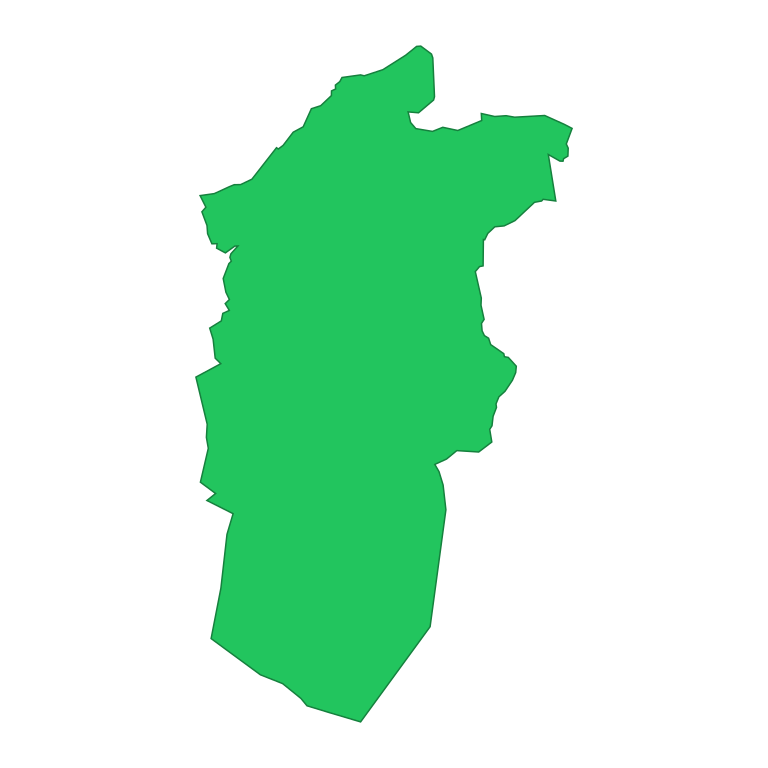 Firhouse-Bohernabreena Lea-5, South Dublin, Ireland
{"feature_id": "5873133B21460579019232", "entity_name": "Firhouse-Bohernabreena Lea-5", "entity_type": "district", "adm_level": 2, "iso_a3": "IRL", "parent_name": "Ireland", "parent_adm1": "South Dublin", "projection": "mercator", "projection_center": [-6.327, 53.236], "detail": "fine", "context": "isolated", "style": "filled", "palette": "green", "viewbox_px": 768, "rotation_deg": 0, "n_neighbors": 0, "source": "geoboundaries", "source_scale": "gbopen_adm2", "svg_char_len": 1761}
<svg xmlns="http://www.w3.org/2000/svg" viewBox="0 0 768 768"><path d="M229.1,186.8L214.3,193.6L200.1,195.6L205.9,207.2L201.9,211.8L207.0,225.5L207.6,233.7L211.9,243.8L217.1,243.7L216.6,248.2L225.4,252.9L234.8,246.1L237.9,246.0L230.9,253.8L229.9,257.4L231.3,261.2L228.9,263.6L223.2,278.5L225.9,292.2L229.4,299.5L225.2,303.6L229.3,310.4L222.8,313.4L221.3,320.9L209.7,328.1L213.1,339.1L215.2,358.2L220.8,363.7L195.9,377.1L207.2,424.2L206.4,437.4L208.3,448.3L200.4,482.2L215.6,493.5L206.9,500.5L233.1,513.7L227.0,534.3L220.9,588.2L211.1,638.6L260.4,674.8L282.6,683.6L300.9,698.4L307.0,705.8L330.3,712.9L360.6,721.9L430.1,626.7L445.9,509.8L443.1,485.0L439.0,471.6L434.8,464.4L446.6,459.0L456.8,450.6L478.7,452.0L491.8,442.0L489.7,429.3L492.0,425.8L493.1,416.3L496.5,407.4L496.0,403.9L498.9,396.8L505.0,391.3L512.4,380.3L515.7,372.6L516.3,366.2L508.3,357.4L504.4,356.7L503.8,353.7L490.7,344.6L488.6,338.2L484.4,335.6L482.1,330.8L481.5,323.4L484.1,319.4L481.0,305.2L481.3,298.1L475.3,271.6L479.5,266.6L483.1,265.9L483.4,239.5L484.7,239.8L487.8,233.4L494.8,226.8L504.1,225.9L515.0,220.6L534.5,202.3L541.6,201.0L543.1,199.3L555.8,201.0L548.3,154.5L559.9,161.1L563.0,161.2L563.6,158.7L567.9,156.1L568.2,148.1L566.3,144.0L572.1,128.4L564.2,124.3L544.7,115.5L514.7,117.2L506.1,115.7L494.7,116.5L481.3,113.5L481.7,120.5L457.8,130.5L442.8,127.3L432.5,131.4L415.8,128.6L410.6,122.5L408.1,111.9L418.5,112.8L433.6,100.0L434.5,96.7L432.8,57.9L431.5,54.1L420.8,46.1L416.6,46.4L405.7,55.2L382.8,69.7L364.2,75.8L360.6,74.9L342.0,77.5L339.8,81.6L335.4,85.1L335.6,89.0L331.5,90.9L331.4,95.6L320.7,105.7L311.4,108.7L303.2,126.8L293.2,132.2L283.1,145.4L278.3,149.0L276.5,147.7L251.9,179.2L240.6,184.6L234.2,184.7L229.1,186.8Z" fill="#22c55e" stroke="#15803d" stroke-width="1.5"/></svg>